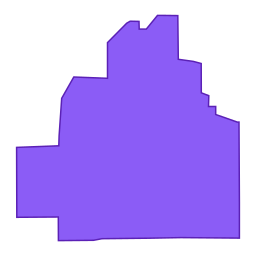 the district of Bibb, Alabama, United States of America
{"feature_id": "52423323B3928006362996", "entity_name": "Bibb", "entity_type": "district", "adm_level": 2, "iso_a3": "USA", "parent_name": "United States of America", "parent_adm1": "Alabama", "projection": "equal_earth", "projection_center": [-87.112, 33.039], "detail": "fine", "context": "isolated", "style": "filled", "palette": "violet", "viewbox_px": 256, "rotation_deg": 0, "n_neighbors": 0, "source": "geoboundaries", "source_scale": "gbopen_adm2", "svg_char_len": 537}
<svg xmlns="http://www.w3.org/2000/svg" viewBox="0 0 256 256"><path d="M16.6,147.4L16.8,217.3L58.3,217.0L58.4,240.6L93.5,240.3L102.0,238.7L148.7,238.2L181.0,237.6L239.4,238.1L239.4,231.8L239.4,202.4L239.0,122.1L237.3,122.1L215.7,114.5L215.7,106.5L208.5,106.5L208.8,95.7L201.3,92.8L201.2,63.5L193.3,61.4L178.3,59.3L177.8,15.6L161.9,15.4L157.5,15.4L146.3,29.1L139.2,29.1L139.0,21.4L130.2,21.2L126.7,23.2L107.5,42.6L107.5,78.3L73.8,77.0L61.7,98.3L59.1,135.9L58.8,145.8L16.6,147.4Z" fill="#8b5cf6" stroke="#5b21b6" stroke-width="1.5"/></svg>